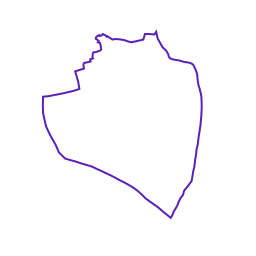 Xaysetha, Vientiane [prefecture], Laos, rotated 77°
{"feature_id": "54806243B76096525034044", "entity_name": "Xaysetha", "entity_type": "district", "adm_level": 2, "iso_a3": "LAO", "parent_name": "Laos", "parent_adm1": "Vientiane [prefecture]", "projection": "natural_earth1", "projection_center": [102.674, 17.973], "detail": "fine", "context": "isolated", "style": "outline", "palette": "violet", "viewbox_px": 256, "rotation_deg": 77, "n_neighbors": 0, "source": "geoboundaries", "source_scale": "gbopen_adm2", "svg_char_len": 1853}
<svg xmlns="http://www.w3.org/2000/svg" viewBox="0 0 256 256"><g transform="rotate(77 128 128)"><path d="M31.0,135.0L31.8,137.8L32.6,138.9L33.9,139.3L34.5,138.5L36.6,137.0L37.7,138.1L38.9,136.1L40.5,136.2L41.8,136.1L43.8,136.3L45.4,136.4L46.3,138.0L46.8,142.0L46.5,144.8L48.0,145.7L49.0,146.0L49.9,146.4L50.3,146.5L50.9,146.7L51.4,146.7L52.3,146.4L52.4,147.0L52.6,149.4L54.8,149.5L54.8,154.7L54.8,156.3L55.9,157.1L58.5,157.5L60.2,157.5L60.5,160.9L60.9,166.7L71.8,166.1L79.0,166.6L79.5,171.3L79.6,178.5L79.6,183.5L79.5,188.2L79.3,191.9L79.2,195.3L79.1,198.5L78.4,203.7L86.4,205.8L94.4,207.4L94.7,207.4L108.0,207.5L117.5,205.4L128.5,202.2L136.2,200.8L143.7,196.1L145.9,192.1L149.0,186.4L152.1,181.4L154.0,177.8L157.7,171.5L161.4,166.9L164.3,163.0L167.0,159.8L170.1,155.7L173.6,151.6L177.2,147.6L180.8,143.2L184.6,139.0L188.3,135.3L191.6,132.6L197.8,128.3L199.9,127.2L203.9,123.8L209.2,119.1L212.0,116.6L218.0,112.2L225.2,106.5L222.6,104.2L220.0,102.5L214.9,97.6L211.9,95.6L208.1,92.6L206.0,90.0L205.8,89.7L205.5,89.4L201.7,87.4L197.9,82.5L197.7,82.3L193.9,77.9L184.5,74.0L180.8,72.1L174.0,69.7L168.7,67.5L163.7,65.8L160.0,63.8L152.9,61.3L150.4,60.3L146.5,58.7L141.4,56.7L137.1,55.3L132.9,53.9L125.5,51.8L121.1,50.8L114.3,49.5L110.7,49.3L105.9,49.4L102.0,49.7L97.0,49.3L90.5,48.5L85.8,49.1L81.0,50.2L79.6,51.5L78.1,53.8L76.1,58.8L74.6,61.2L73.5,63.4L73.0,64.7L72.3,66.4L70.8,69.7L69.7,71.1L67.9,72.2L65.4,72.2L65.1,72.2L61.2,73.4L57.0,76.2L47.7,78.9L40.6,78.9L42.8,81.2L41.4,85.5L40.2,90.3L45.3,93.2L45.3,100.2L45.2,105.7L43.4,109.0L41.8,111.3L40.4,114.5L39.5,116.8L39.0,118.6L38.6,119.7L38.3,122.2L38.3,123.3L35.4,126.1L34.5,126.9L33.9,127.4L34.1,127.9L34.2,128.3L33.8,128.4L33.2,128.6L32.4,129.4L31.9,130.1L31.5,130.6L30.8,131.3L31.4,132.2L31.7,132.6L31.8,133.1L31.9,134.1L32.0,134.6L31.0,135.0Z" fill="none" stroke="#5b21b6" stroke-width="2"/></g></svg>